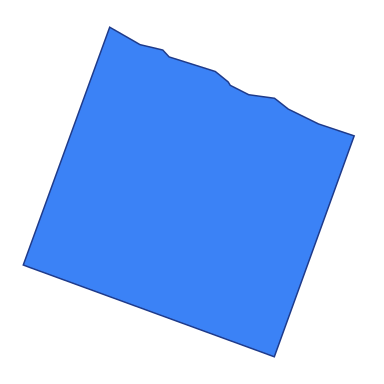 Phelps, Nebraska, United States of America, rotated 20°
{"feature_id": "52423323B18831835736879", "entity_name": "Phelps", "entity_type": "district", "adm_level": 2, "iso_a3": "USA", "parent_name": "United States of America", "parent_adm1": "Nebraska", "projection": "orthographic", "projection_center": [-99.415, 40.518], "detail": "fine", "context": "isolated", "style": "filled", "palette": "blue", "viewbox_px": 384, "rotation_deg": 20, "n_neighbors": 0, "source": "geoboundaries", "source_scale": "gbopen_adm2", "svg_char_len": 345}
<svg xmlns="http://www.w3.org/2000/svg" viewBox="0 0 384 384"><g transform="rotate(20 192 192)"><path d="M325.2,83.8L287.6,84.8L254.2,81.2L237.5,75.7L212.0,81.2L191.5,78.7L188.3,76.2L172.7,70.8L124.3,72.9L116.0,68.6L92.8,71.3L58.3,65.3L58.4,318.3L65.2,318.4L325.7,318.7L325.2,83.8Z" fill="#3b82f6" stroke="#1e3a8a" stroke-width="1.5"/></g></svg>